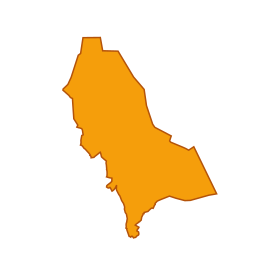 Ekwusigo, Anambra, Nigeria, rotated 153°
{"feature_id": "59680162B99060674505372", "entity_name": "Ekwusigo", "entity_type": "district", "adm_level": 2, "iso_a3": "NGA", "parent_name": "Nigeria", "parent_adm1": "Anambra", "projection": "equal_earth", "projection_center": [6.858, 5.982], "detail": "fine", "context": "isolated", "style": "filled", "palette": "amber", "viewbox_px": 256, "rotation_deg": 153, "n_neighbors": 0, "source": "geoboundaries", "source_scale": "gbopen_adm2", "svg_char_len": 2398}
<svg xmlns="http://www.w3.org/2000/svg" viewBox="0 0 256 256"><g transform="rotate(153 128 128)"><path d="M78.9,29.1L77.9,81.4L84.0,80.7L85.9,83.5L87.9,86.0L96.4,96.0L96.8,97.6L93.1,101.3L103.8,116.4L104.3,120.2L101.4,139.5L96.1,155.1L99.9,170.8L102.0,201.0L115.5,208.3L111.6,221.2L127.1,228.9L136.4,215.9L139.3,215.4L151.0,203.6L155.7,198.9L161.8,194.1L168.1,192.2L168.8,191.2L165.8,183.7L165.7,182.6L165.4,181.2L164.1,179.5L168.3,169.7L172.1,160.8L171.4,153.4L173.2,152.0L171.9,150.7L170.9,149.9L169.6,148.5L169.5,147.3L169.8,146.1L170.0,145.5L170.6,143.8L171.0,142.3L172.6,142.3L175.5,138.5L176.7,135.9L178.1,134.3L177.3,133.7L176.7,132.2L176.7,131.8L176.6,131.4L176.6,131.1L176.5,130.7L176.4,130.2L176.4,129.9L176.3,129.6L176.1,129.3L175.7,128.6L174.8,125.2L174.4,123.9L174.1,122.4L174.0,122.1L173.9,121.6L173.9,121.4L174.4,121.0L174.1,120.4L173.9,119.3L174.4,118.2L171.7,117.3L170.5,117.7L166.9,118.4L163.8,119.1L163.8,118.8L163.8,118.0L164.7,114.3L163.7,111.6L162.3,108.4L163.5,106.7L164.0,105.0L165.7,100.9L165.9,100.8L166.0,100.1L166.5,98.6L167.4,96.7L168.4,95.0L168.7,94.6L169.3,94.2L168.0,92.9L167.0,92.0L165.1,90.6L166.6,87.9L168.1,87.3L170.2,86.9L172.3,86.5L173.1,86.2L173.9,85.2L173.3,84.0L172.5,83.3L172.1,83.2L171.1,83.3L170.9,82.7L170.9,79.0L170.3,79.0L168.5,79.4L166.5,80.4L164.5,81.9L164.4,81.8L166.0,79.0L166.3,78.3L166.4,77.2L166.4,74.1L166.4,72.8L166.1,71.2L166.3,69.0L166.6,66.3L166.3,62.8L166.7,59.8L167.3,58.3L168.0,57.5L168.8,53.9L168.5,52.0L169.1,50.0L169.9,47.2L170.2,47.1L172.0,44.6L172.7,44.0L173.4,43.0L173.8,42.3L174.2,41.2L174.5,40.7L175.3,39.7L174.7,38.9L175.0,38.7L175.3,37.5L176.2,30.9L175.6,30.4L175.1,29.5L174.9,29.7L174.5,29.9L174.1,29.9L173.5,29.7L173.2,29.3L173.0,27.6L172.8,27.6L171.7,27.3L170.8,27.1L170.5,27.2L169.7,27.5L168.7,27.9L168.0,27.8L167.3,27.9L166.9,28.1L166.6,28.5L166.3,29.0L166.1,29.5L165.8,30.7L166.1,31.2L166.5,31.8L166.8,32.2L166.4,32.8L166.2,32.9L165.3,33.6L164.9,33.6L164.4,33.8L163.9,34.1L163.3,34.6L164.3,36.1L165.6,38.2L164.7,38.5L164.1,38.7L162.8,38.9L162.0,39.0L161.3,39.2L161.0,39.4L160.3,39.2L159.0,39.7L158.1,39.9L156.2,42.4L154.1,43.9L153.5,44.7L152.6,44.4L152.0,45.4L148.1,44.6L145.7,45.4L143.7,45.9L142.8,45.7L142.1,45.0L140.9,45.9L139.9,46.8L139.0,47.3L138.4,47.6L138.1,48.5L135.1,49.6L131.6,49.4L122.0,48.5L117.1,43.6L110.3,37.5L105.3,35.2L86.4,31.4L78.9,29.1Z" fill="#f59e0b" stroke="#b45309" stroke-width="1.5"/></g></svg>